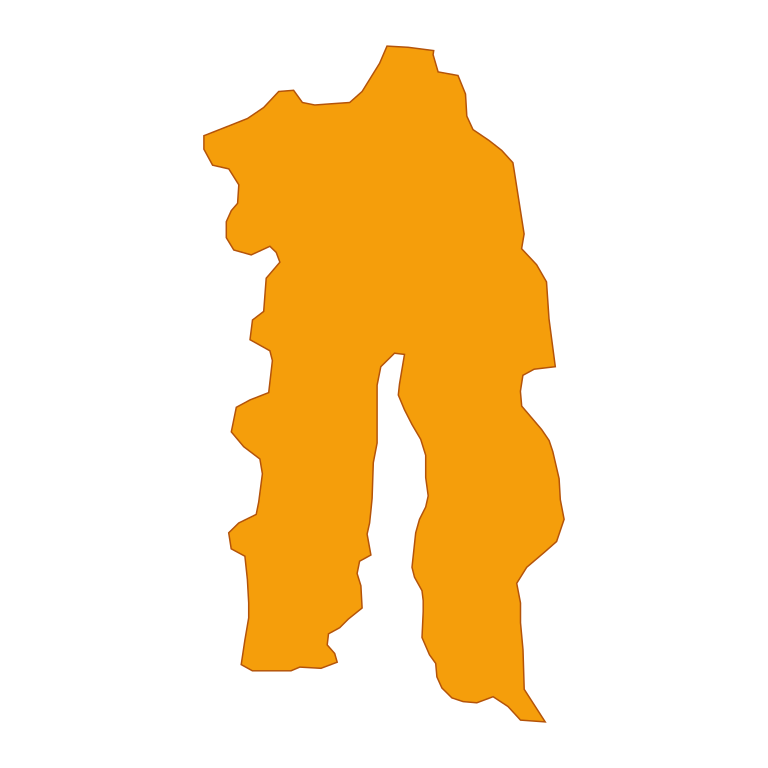 Gangjin-gun, South Jeolla, South Korea (Robinson projection)
{"feature_id": "91817680B37660936440541", "entity_name": "Gangjin-gun", "entity_type": "district", "adm_level": 2, "iso_a3": "KOR", "parent_name": "South Korea", "parent_adm1": "South Jeolla", "projection": "robinson", "projection_center": [126.77, 34.612], "detail": "fine", "context": "isolated", "style": "filled", "palette": "amber", "viewbox_px": 768, "rotation_deg": 0, "n_neighbors": 0, "source": "geoboundaries", "source_scale": "gbopen_adm2", "svg_char_len": 1848}
<svg xmlns="http://www.w3.org/2000/svg" viewBox="0 0 768 768"><path d="M433.7,50.6L408.2,47.3L387.0,46.1L379.6,63.3L362.1,91.5L349.7,102.5L331.0,103.8L314.8,105.0L302.4,102.5L293.6,90.3L278.7,91.5L263.7,107.5L247.5,118.5L216.4,130.8L203.9,135.7L203.9,149.2L212.6,165.2L228.8,168.9L238.8,184.8L237.6,203.3L231.3,210.6L226.3,221.7L226.3,236.3L226.3,237.7L233.8,250.0L251.2,254.9L269.9,246.3L276.2,252.4L279.9,262.2L266.2,278.2L263.7,311.4L252.5,320.0L250.0,339.7L269.9,350.8L272.4,360.6L268.7,392.6L250.0,399.9L236.3,407.3L231.3,431.9L243.7,446.7L259.9,459.0L262.4,473.8L258.7,502.1L256.2,514.4L238.7,523.0L228.7,532.8L231.2,548.8L244.9,556.2L247.4,579.6L248.7,603.0L248.7,617.8L244.9,640.0L241.2,664.6L252.4,670.8L291.0,670.8L299.8,667.1L321.0,668.3L337.2,662.2L334.7,653.5L327.2,644.9L328.5,633.8L339.7,627.7L348.4,619.0L362.1,608.0L360.9,585.8L357.1,573.5L359.6,561.2L370.9,555.0L367.1,534.1L369.6,523.0L370.9,510.7L372.1,498.4L373.3,462.7L377.1,443.0L377.1,425.8L377.1,407.3L377.1,392.6L377.1,385.2L380.8,366.7L394.5,353.2L404.5,354.4L399.5,384.0L398.3,395.0L404.5,409.8L412.0,424.5L420.7,439.3L425.7,455.3L425.7,477.5L428.2,495.9L425.7,507.0L419.5,519.3L415.7,532.8L412.0,567.3L414.5,577.2L422.0,590.7L423.2,600.6L423.2,611.6L422.0,637.5L429.5,654.8L435.7,663.4L436.9,676.9L441.9,688.0L451.9,697.9L463.1,701.6L476.8,702.8L493.1,696.7L508.0,706.5L520.5,720.1L545.2,721.9L524.2,689.3L523.0,649.8L520.5,622.7L520.5,603.0L516.7,583.3L526.7,567.3L544.1,552.5L556.6,541.5L564.1,519.3L560.3,499.6L559.1,478.7L552.8,451.6L549.1,440.5L541.6,429.5L521.7,406.1L520.4,391.3L522.9,375.3L534.1,369.2L555.3,366.7L549.0,318.8L546.5,281.9L536.6,264.7L521.6,248.7L524.1,234.0L514.1,170.1L512.9,162.7L501.7,150.4L489.2,140.6L473.0,129.6L466.8,116.1L465.5,94.0L458.0,75.5L438.1,71.9L433.1,54.7L433.7,50.6Z" fill="#f59e0b" stroke="#b45309" stroke-width="1.5"/></svg>